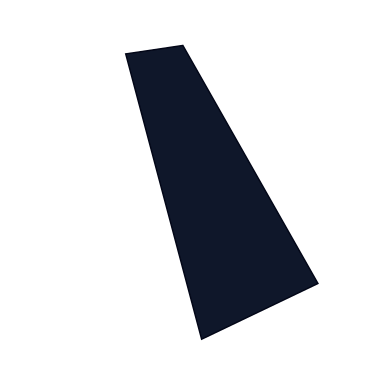 SVG path tracing the border of Anse aux Pins, rotated 52°
{"feature_id": "SYC-5198", "entity_name": "Anse aux Pins", "entity_type": "state/province", "adm_level": 1, "iso_a3": "SYC", "parent_name": "Seychelles", "parent_adm1": "", "projection": "natural_earth1", "projection_center": [55.519, -4.683], "detail": "fine", "context": "isolated", "style": "filled", "palette": "ink", "viewbox_px": 384, "rotation_deg": 52, "n_neighbors": 0, "source": "natural_earth", "source_scale": "10m", "svg_char_len": 228}
<svg xmlns="http://www.w3.org/2000/svg" viewBox="0 0 384 384"><g transform="rotate(52 192 192)"><path d="M341.6,149.1L313.9,275.0L42.4,159.2L70.9,109.0L341.6,149.1Z" fill="#0f172a" stroke="#020617" stroke-width="1.5"/></g></svg>